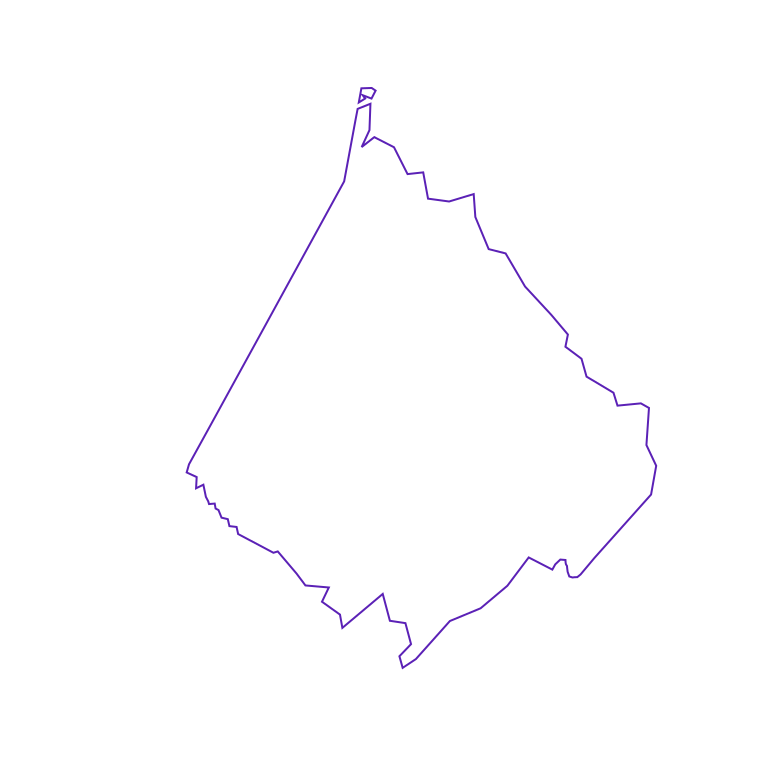 Pickens, South Carolina, United States of America (Robinson projection), rotated 149°
{"feature_id": "52423323B51993782969568", "entity_name": "Pickens", "entity_type": "district", "adm_level": 2, "iso_a3": "USA", "parent_name": "United States of America", "parent_adm1": "South Carolina", "projection": "robinson", "projection_center": [-82.722, 34.847], "detail": "fine", "context": "isolated", "style": "outline", "palette": "violet", "viewbox_px": 768, "rotation_deg": 149, "n_neighbors": 0, "source": "geoboundaries", "source_scale": "gbopen_adm2", "svg_char_len": 1259}
<svg xmlns="http://www.w3.org/2000/svg" viewBox="0 0 768 768"><g transform="rotate(149 384 384)"><path d="M335.3,138.2L330.1,141.2L323.3,142.7L319.1,139.7L320.4,137.2L320.9,135.7L320.9,133.7L321.7,132.1L323.3,128.5L324.3,123.6L322.1,121.1L319.9,120.1L317.8,118.9L313.6,119.5L293.3,126.5L212.0,151.7L192.8,173.7L190.5,196.5L169.2,227.0L173.8,235.1L195.0,245.2L191.8,258.3L206.6,286.0L201.7,303.9L209.3,322.5L200.9,331.7L205.0,357.1L212.9,394.9L212.5,433.3L224.8,445.7L219.7,480.1L209.3,500.6L234.2,506.9L250.8,520.2L241.4,545.2L255.7,551.8L253.5,581.8L265.2,600.6L281.1,598.6L265.7,609.1L251.3,631.2L264.9,633.4L271.9,625.6L313.8,578.2L417.7,517.5L455.0,495.7L554.3,437.8L592.5,415.6L598.7,409.8L592.5,400.7L598.8,391.4L590.7,390.7L594.8,379.0L595.1,373.9L595.8,371.2L590.7,368.7L592.5,364.0L590.8,361.2L592.1,353.1L587.5,348.6L589.7,341.8L584.0,337.4L586.3,330.5L565.7,296.3L561.3,295.2L556.6,266.6L555.1,251.8L536.1,238.0L549.3,229.3L540.5,209.0L545.3,196.4L493.2,204.7L500.9,178.0L488.8,168.0L494.8,147.1L511.0,142.7L514.2,131.1L498.3,131.8L449.6,146.9L416.7,142.0L382.2,147.5L349.3,160.8L335.3,138.2ZM251.1,649.1L260.6,638.3L253.1,638.4L253.5,642.5L247.7,635.1L240.1,639.8L242.1,644.1L251.1,649.1Z" fill="none" stroke="#5b21b6" stroke-width="2"/></g></svg>